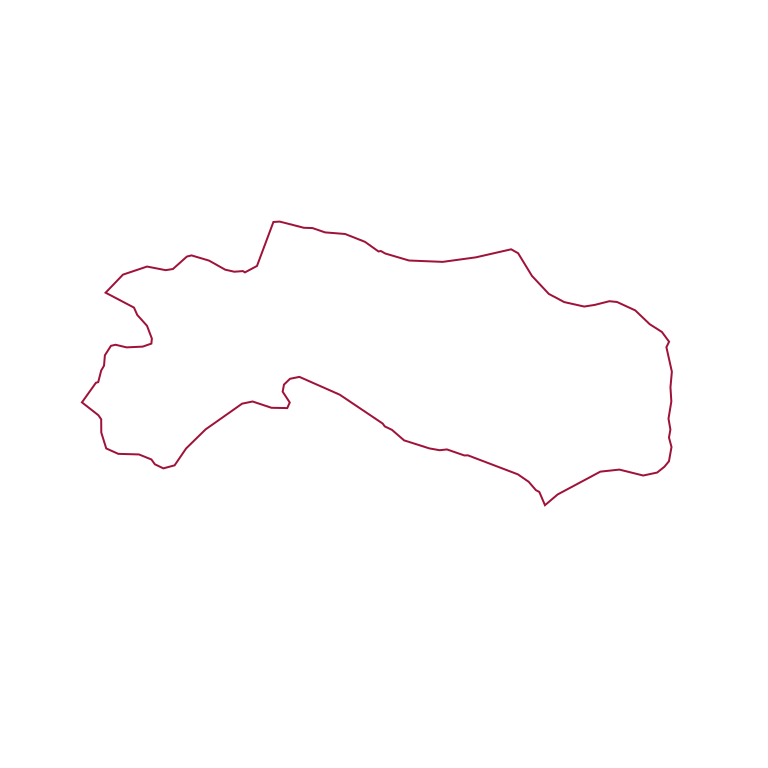 the district of Patzicía, Chimaltenango, Guatemala, rotated 295°
{"feature_id": "79465075B67566663524639", "entity_name": "Patzicía", "entity_type": "district", "adm_level": 2, "iso_a3": "GTM", "parent_name": "Guatemala", "parent_adm1": "Chimaltenango", "projection": "equal_earth", "projection_center": [-90.946, 14.636], "detail": "fine", "context": "isolated", "style": "outline", "palette": "rose", "viewbox_px": 768, "rotation_deg": 295, "n_neighbors": 0, "source": "geoboundaries", "source_scale": "gbopen_adm2", "svg_char_len": 1437}
<svg xmlns="http://www.w3.org/2000/svg" viewBox="0 0 768 768"><g transform="rotate(295 384 384)"><path d="M542.8,624.5L548.6,613.9L550.5,599.5L556.9,580.6L556.8,560.5L554.3,553.3L544.7,541.5L538.8,532.7L534.4,512.7L535.3,495.3L544.5,472.4L559.2,450.3L559.8,442.3L537.6,413.7L519.5,385.6L506.5,354.5L502.8,330.0L503.2,324.9L501.8,323.0L504.8,306.6L503.5,285.3L496.5,266.5L495.1,253.3L491.7,245.3L487.1,220.8L484.1,215.3L437.3,219.0L426.4,210.8L426.7,208.4L422.5,200.9L420.5,191.8L421.9,173.3L419.2,155.2L416.2,151.5L399.0,144.1L394.9,138.0L390.3,119.6L372.8,101.2L349.1,93.1L347.6,125.1L342.3,131.2L336.6,144.6L327.1,154.4L322.3,156.1L315.9,149.5L308.4,135.2L306.1,124.1L303.2,120.4L292.1,118.9L282.3,122.5L276.7,122.0L264.9,124.2L263.4,122.4L239.7,118.0L235.0,138.3L232.5,142.6L220.5,148.3L208.2,159.5L208.4,172.7L216.6,191.7L217.3,205.1L214.4,210.3L214.3,219.7L221.8,228.6L242.0,231.9L267.5,241.5L306.2,263.7L312.6,272.3L314.9,292.1L321.3,306.5L327.4,306.4L334.2,295.4L341.2,293.6L349.0,296.6L354.7,304.3L355.6,348.4L347.6,399.5L345.9,402.6L345.8,410.6L341.4,426.0L344.8,452.3L347.5,462.4L351.3,468.7L353.2,487.0L354.8,490.2L358.7,543.5L356.5,556.5L352.0,566.5L351.8,570.4L342.2,581.1L357.2,588.0L396.0,617.1L405.9,633.5L410.6,657.6L419.2,669.0L427.5,673.1L434.4,674.9L448.4,671.2L455.9,664.9L463.8,662.8L472.8,656.5L489.6,651.8L502.1,645.0L516.8,639.7L536.7,624.4L542.8,624.5Z" fill="none" stroke="#9f1239" stroke-width="2"/></g></svg>